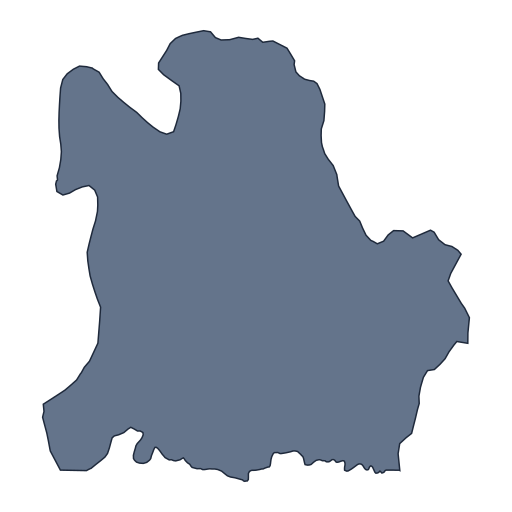 Ash shaghadirah, Hajjah, Yemen (Natural Earth projection)
{"feature_id": "15242507B87053046853902", "entity_name": "Ash shaghadirah", "entity_type": "district", "adm_level": 2, "iso_a3": "YEM", "parent_name": "Yemen", "parent_adm1": "Hajjah", "projection": "natural_earth1", "projection_center": [43.498, 15.607], "detail": "fine", "context": "isolated", "style": "filled", "palette": "slate", "viewbox_px": 512, "rotation_deg": 0, "n_neighbors": 0, "source": "geoboundaries", "source_scale": "gbopen_adm2", "svg_char_len": 4923}
<svg xmlns="http://www.w3.org/2000/svg" viewBox="0 0 512 512"><path d="M272.9,41.0L269.4,41.3L262.8,42.3L257.9,38.2L256.7,38.5L252.6,39.4L245.3,38.4L238.6,37.3L229.7,39.7L221.1,40.0L215.4,37.6L210.5,31.8L203.6,30.7L196.1,32.2L189.0,33.7L182.5,35.3L179.1,36.8L175.5,38.5L170.2,43.6L166.7,50.4L158.6,63.0L158.4,69.4L163.6,74.7L172.4,81.1L179.1,85.8L180.8,93.4L180.9,101.1L180.2,108.8L179.2,113.0L178.3,116.7L176.0,124.6L173.6,131.7L166.7,134.2L159.9,131.8L152.9,127.0L147.4,122.5L142.1,117.7L136.7,112.4L129.8,107.3L124.5,103.0L124.0,102.6L117.9,97.4L112.0,91.5L108.0,85.1L107.8,84.7L103.1,78.7L99.1,72.2L94.1,69.4L92.8,68.6L92.4,68.1L86.5,66.7L79.5,66.1L73.4,69.2L67.2,73.8L62.8,79.5L60.6,88.0L60.0,96.2L59.5,104.4L59.1,112.5L58.9,120.2L59.0,128.2L59.6,136.5L60.8,144.2L61.4,151.7L60.8,159.6L59.4,167.8L57.1,175.8L57.5,179.7L57.4,180.2L56.9,180.7L56.5,180.9L55.7,184.2L56.9,191.5L62.9,195.0L69.5,193.1L75.5,189.6L82.3,186.9L89.0,185.5L94.7,190.1L97.6,197.0L97.8,205.1L97.5,210.8L97.4,211.8L95.5,221.0L93.0,228.9L91.1,236.1L89.1,244.0L87.2,252.3L87.8,260.8L88.9,268.5L90.1,275.8L90.4,276.9L92.5,284.3L94.9,291.8L97.3,298.8L100.6,307.2L99.7,320.8L97.9,343.2L89.5,361.2L84.3,367.3L81.3,372.8L80.5,373.7L76.6,380.0L71.2,384.8L65.0,390.1L58.8,394.2L43.3,404.2L43.3,404.3L44.0,411.4L42.6,417.2L44.7,425.2L46.8,433.0L48.4,440.9L49.9,449.0L50.3,451.0L60.4,470.1L86.4,470.6L86.5,470.6L87.5,470.0L90.3,468.6L91.0,468.4L96.0,464.3L100.6,460.7L104.9,457.1L107.5,453.5L109.3,448.2L110.8,442.6L112.1,437.9L114.3,435.9L118.6,434.8L123.8,432.6L128.2,428.9L130.8,427.3L134.2,429.0L137.5,431.0L140.2,431.0L142.9,432.5L143.2,434.8L142.0,437.7L140.5,440.0L137.2,443.6L135.9,445.9L135.3,448.4L134.3,451.7L133.4,455.3L133.5,458.5L134.6,460.3L136.5,462.1L139.5,463.1L143.3,463.4L146.7,462.4L149.5,460.2L150.7,458.6L151.5,455.5L152.5,453.0L153.8,449.5L154.9,447.4L155.6,447.3L156.2,447.3L157.7,448.3L159.1,449.9L160.4,451.6L162.2,454.2L163.7,455.9L165.1,457.6L167.8,459.1L169.2,459.9L171.4,459.7L173.6,460.6L175.7,460.9L178.0,460.3L180.0,459.8L182.2,458.4L183.4,457.9L184.3,458.9L185.2,460.4L187.5,462.8L189.8,464.3L191.0,466.2L192.1,467.4L197.0,468.7L200.6,468.6L202.7,469.6L203.0,469.6L204.2,469.6L205.7,469.4L207.4,469.1L209.7,468.8L212.1,469.0L214.8,469.0L217.7,469.5L221.6,471.1L224.5,473.5L227.4,475.8L230.5,477.0L235.1,477.8L240.4,479.3L242.6,479.9L243.5,480.9L244.8,481.3L245.9,481.0L247.2,481.0L248.3,479.6L248.4,477.5L248.4,474.9L248.4,473.5L249.1,472.0L250.3,470.8L251.9,470.3L254.0,470.3L255.7,470.2L256.4,470.1L259.7,469.5L261.5,469.0L263.2,468.9L264.9,468.1L267.7,467.1L269.3,466.9L270.1,465.6L270.5,463.5L270.7,461.7L271.0,459.5L271.4,458.0L271.7,456.8L272.4,455.3L273.3,453.5L274.4,452.6L275.6,452.6L277.8,452.5L279.9,453.5L280.8,453.6L281.6,453.5L285.9,452.8L290.0,451.9L291.1,451.6L292.9,451.0L294.5,450.9L295.9,451.1L297.6,451.5L299.5,453.3L301.1,454.7L301.5,455.5L302.5,456.1L302.8,456.6L303.2,457.4L303.6,458.6L304.0,460.4L304.5,462.6L305.0,464.4L305.1,464.6L307.4,465.1L309.2,465.0L311.0,464.5L312.3,463.4L313.6,462.2L316.1,460.4L318.5,459.8L319.8,459.7L321.0,460.1L322.3,460.7L323.6,460.7L325.1,460.8L326.3,461.8L327.2,461.8L328.0,461.9L329.4,461.6L330.8,460.6L332.1,459.6L333.6,459.6L334.8,460.3L335.8,461.8L336.9,462.3L338.8,462.0L340.6,461.3L342.6,460.7L343.9,460.8L344.6,461.8L345.0,463.2L345.0,465.0L344.6,467.1L344.5,469.0L344.6,470.2L346.6,471.1L348.0,471.0L349.6,470.1L351.3,469.1L353.3,467.7L357.6,464.5L359.0,463.9L360.8,464.0L361.8,464.5L362.6,465.3L363.4,466.4L363.9,467.3L364.5,468.2L364.7,468.5L365.7,469.5L366.8,469.9L367.9,469.8L368.6,469.2L369.0,468.2L369.5,467.0L370.6,465.9L371.5,466.1L372.5,467.0L373.3,468.7L374.4,471.1L374.9,472.2L375.7,473.1L376.6,473.1L376.9,473.1L378.0,472.8L379.0,472.1L379.9,471.1L380.6,471.6L381.0,472.1L381.8,473.0L382.4,472.9L383.2,472.6L384.2,472.0L385.2,470.5L386.2,470.1L388.3,470.1L390.6,470.1L393.3,470.1L395.7,470.2L397.5,470.2L399.2,470.2L399.8,470.5L398.1,453.7L399.7,443.6L406.0,437.8L411.6,433.4L413.5,425.8L415.4,418.4L417.1,411.1L417.5,409.4L419.2,403.5L418.9,396.1L420.5,387.2L421.3,384.4L423.4,377.3L427.5,370.6L434.4,369.5L440.0,364.3L445.1,358.7L449.0,351.8L453.5,345.6L453.7,345.3L456.8,341.5L467.8,343.3L467.9,332.9L468.1,330.9L469.4,317.7L464.7,308.2L461.3,303.4L451.9,287.7L448.1,280.9L450.7,273.5L461.1,254.2L457.8,250.3L451.9,246.5L445.0,244.7L438.6,239.7L434.1,232.2L430.5,230.2L427.2,231.6L412.6,237.9L403.1,230.9L393.6,230.6L388.2,234.9L383.6,241.2L377.3,243.8L374.7,242.3L373.8,241.8L373.1,241.4L370.8,240.4L366.0,235.2L362.5,227.9L360.0,221.8L359.7,221.1L355.1,216.4L352.1,211.0L346.7,201.1L338.6,186.0L337.1,176.8L336.8,174.6L333.2,165.6L328.2,159.2L324.7,153.6L323.4,149.6L322.4,146.8L321.5,142.7L321.1,135.5L321.3,128.9L323.9,120.6L324.6,111.4L324.8,104.1L319.9,89.4L317.0,83.6L313.7,81.2L309.5,80.5L304.6,79.2L299.3,75.7L295.9,71.9L294.1,64.6L294.6,60.8L290.8,54.4L287.0,48.2L272.9,41.0Z" fill="#64748b" stroke="#1e293b" stroke-width="1.5"/></svg>